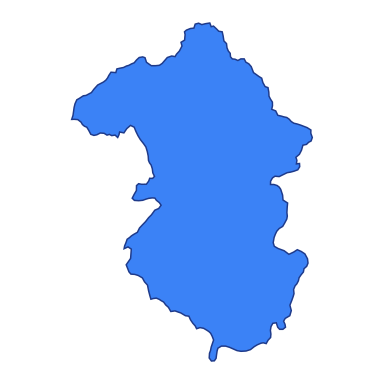 the district of Cajuru, São Paulo, Brazil
{"feature_id": "56859067B13120232397844", "entity_name": "Cajuru", "entity_type": "district", "adm_level": 2, "iso_a3": "BRA", "parent_name": "Brazil", "parent_adm1": "São Paulo", "projection": "robinson", "projection_center": [-47.318, -21.282], "detail": "fine", "context": "isolated", "style": "filled", "palette": "blue", "viewbox_px": 384, "rotation_deg": 0, "n_neighbors": 0, "source": "geoboundaries", "source_scale": "gbopen_adm2", "svg_char_len": 3819}
<svg xmlns="http://www.w3.org/2000/svg" viewBox="0 0 384 384"><path d="M71.7,119.4L74.2,119.3L77.8,119.6L81.1,122.2L82.4,124.5L84.4,126.2L86.8,127.2L88.7,130.3L90.8,134.3L93.9,135.4L96.8,134.8L100.3,133.0L104.1,133.3L107.0,135.1L109.4,134.4L111.7,135.6L115.1,135.1L117.7,137.5L119.0,134.7L119.6,132.0L123.9,132.9L126.8,128.6L130.5,125.4L134.2,127.2L135.9,131.4L138.0,135.7L140.3,139.5L143.6,143.7L145.9,147.0L147.3,151.6L148.2,156.0L148.5,160.4L149.5,162.8L151.1,165.0L152.3,168.7L152.8,172.8L154.5,176.4L152.6,178.4L149.7,178.3L148.7,181.1L146.4,184.2L141.6,184.3L138.6,183.7L136.5,185.6L136.4,190.5L134.2,194.3L132.2,198.2L134.4,200.4L138.7,200.7L142.7,200.3L146.4,199.0L148.9,198.3L152.3,197.9L154.9,198.1L156.4,200.3L159.3,202.6L161.1,205.2L158.7,208.5L154.8,210.2L151.4,214.9L148.6,217.7L145.5,221.7L142.4,224.9L139.5,228.0L137.4,232.3L133.5,234.5L131.4,235.9L129.6,237.5L127.1,239.3L126.1,242.3L124.6,246.0L124.1,248.7L128.0,246.9L131.3,249.1L130.9,254.6L130.6,258.4L128.4,261.6L126.2,264.8L129.0,271.9L130.9,274.1L134.8,274.4L138.3,275.5L142.4,277.9L144.5,281.8L147.5,285.1L148.6,290.8L149.9,295.8L150.9,299.2L153.4,298.5L156.3,298.1L159.3,299.4L161.4,300.8L163.6,302.0L165.7,304.9L168.4,307.3L170.8,311.5L175.0,310.9L178.3,312.1L180.7,312.9L185.4,315.7L188.9,316.2L190.5,319.8L192.8,323.2L195.2,325.9L196.6,328.7L200.0,327.6L203.6,328.3L206.5,330.0L208.8,331.5L210.6,333.2L212.2,336.3L213.6,340.0L211.2,347.1L210.5,350.6L209.5,353.2L209.2,358.0L211.4,361.0L214.4,360.8L216.1,358.3L216.5,355.1L217.1,351.0L217.9,348.2L221.4,346.1L225.6,346.1L229.5,347.3L237.0,350.6L241.0,351.3L246.1,351.0L250.5,349.6L254.3,346.6L257.3,344.8L261.0,343.2L263.3,342.8L266.2,343.6L268.0,340.3L270.6,337.5L270.9,334.1L270.4,330.4L271.0,326.6L272.8,323.3L276.3,322.8L277.7,327.2L279.6,329.3L282.9,329.3L285.5,327.2L285.0,324.3L283.6,321.2L285.2,318.4L289.8,315.7L291.3,310.6L289.9,305.2L291.8,300.4L293.2,296.4L294.0,293.7L293.6,289.4L295.1,285.8L296.8,283.9L298.4,280.8L299.1,277.7L301.1,274.8L303.4,272.0L304.0,268.7L306.7,266.3L308.0,263.1L307.5,258.8L304.9,253.9L301.3,251.5L297.3,249.7L293.6,252.1L288.9,254.3L284.1,250.7L278.1,248.5L274.3,246.3L273.2,242.7L274.1,237.5L275.4,234.1L276.8,231.2L279.2,228.5L282.7,226.4L284.7,223.0L286.8,219.0L287.3,216.1L286.9,212.6L287.2,207.4L287.6,203.0L285.1,201.4L283.0,200.0L282.6,195.1L280.7,189.3L279.2,187.1L277.1,185.5L273.9,184.5L270.5,184.5L270.6,181.2L272.5,177.9L275.0,176.2L279.2,176.6L281.8,175.3L287.1,172.7L290.6,172.1L294.0,171.2L297.8,169.8L299.7,166.7L299.5,163.5L296.4,163.9L296.9,160.3L295.9,157.3L299.4,154.3L301.5,150.2L302.9,145.2L306.5,144.4L308.6,142.3L311.1,141.0L312.3,137.5L310.8,133.2L310.9,130.0L307.1,127.6L300.6,125.1L297.2,124.0L293.8,123.2L291.2,121.5L289.2,119.2L286.8,117.5L283.6,116.8L281.3,116.1L277.8,115.3L275.7,110.9L271.7,109.3L272.5,105.8L272.4,102.1L270.4,99.0L269.0,96.2L268.8,92.1L268.0,87.6L265.1,86.6L262.9,82.6L261.7,78.2L258.8,76.4L256.2,74.5L253.5,72.6L252.3,69.4L251.2,66.6L248.8,63.8L245.9,62.2L244.2,58.9L240.8,58.9L237.9,60.5L235.0,59.2L232.3,58.9L230.5,56.8L230.2,53.3L228.3,51.0L227.0,47.8L226.5,43.6L223.9,40.9L223.1,35.8L222.2,31.8L218.7,31.2L216.4,28.8L213.5,26.1L211.2,26.7L209.8,23.0L205.4,23.7L201.8,24.6L198.6,23.2L195.2,24.1L193.9,28.1L190.4,28.5L186.4,30.1L184.5,31.8L185.1,34.6L184.6,40.1L181.0,42.3L182.0,46.0L180.6,48.7L179.4,51.0L176.4,54.3L175.1,56.6L171.7,56.0L167.3,57.5L162.2,63.4L159.4,65.3L155.4,65.7L151.3,65.7L146.5,62.3L145.0,57.7L142.7,56.9L139.2,57.5L136.5,60.0L134.2,62.8L131.5,63.9L128.7,65.4L126.5,66.0L123.5,67.5L119.9,68.2L116.9,68.9L115.8,72.6L111.0,72.2L108.8,75.5L107.6,77.9L105.9,80.1L103.5,82.0L100.6,83.5L97.7,85.0L94.0,89.1L91.4,92.6L88.7,94.0L86.1,95.4L83.3,95.8L79.3,98.4L76.8,99.8L75.0,103.8L74.1,107.5L73.6,111.2L73.0,115.4L71.7,119.4Z" fill="#3b82f6" stroke="#1e3a8a" stroke-width="1.5"/></svg>